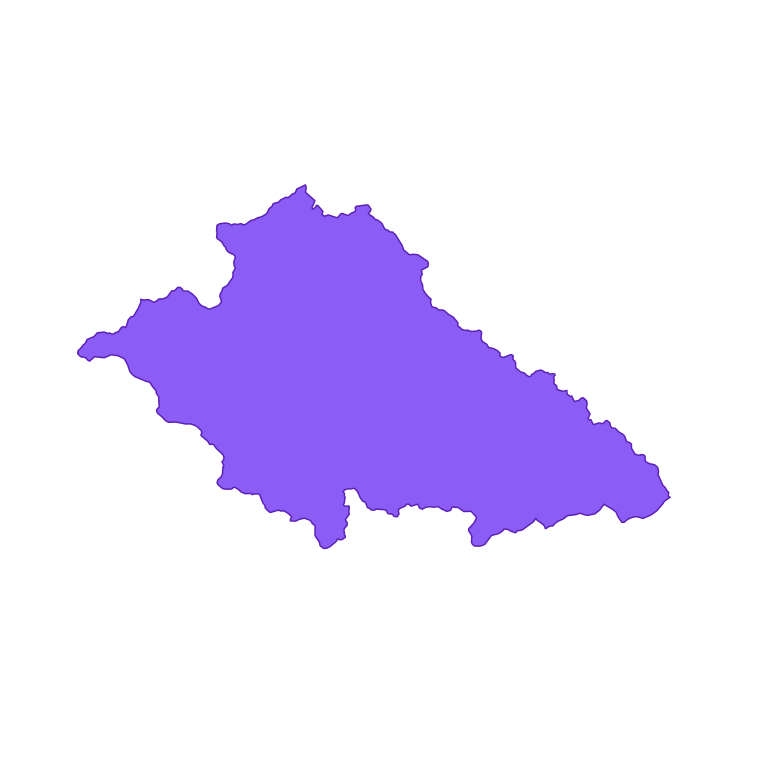 Anta, Cusco, Peru, rotated 194°
{"feature_id": "86281439B22932308486268", "entity_name": "Anta", "entity_type": "district", "adm_level": 2, "iso_a3": "PER", "parent_name": "Peru", "parent_adm1": "Cusco", "projection": "orthographic", "projection_center": [-72.385, -13.499], "detail": "fine", "context": "isolated", "style": "filled", "palette": "violet", "viewbox_px": 768, "rotation_deg": 194, "n_neighbors": 0, "source": "geoboundaries", "source_scale": "gbopen_adm2", "svg_char_len": 6146}
<svg xmlns="http://www.w3.org/2000/svg" viewBox="0 0 768 768"><g transform="rotate(194 384 384)"><path d="M373.4,499.5L375.2,503.8L370.1,508.0L369.8,509.3L370.4,512.3L371.3,513.5L382.3,517.6L386.6,517.0L390.6,515.6L397.4,518.9L400.0,522.9L409.1,531.8L411.2,532.5L412.1,533.5L415.1,533.0L417.4,534.2L419.7,534.1L421.7,535.5L424.4,538.9L426.1,540.0L429.8,541.5L432.7,541.7L434.6,543.2L440.3,545.4L440.5,546.0L439.2,547.7L438.9,550.5L442.4,553.6L444.0,553.6L453.9,549.7L454.6,548.4L453.6,545.4L453.9,544.2L457.0,541.9L459.8,538.7L465.7,539.4L467.1,538.6L469.2,534.4L469.9,533.9L478.8,534.6L482.6,532.3L484.7,533.5L485.5,534.5L484.9,536.2L485.3,537.0L491.1,541.0L492.8,541.0L493.1,539.0L495.3,536.5L496.0,536.8L496.6,538.0L495.4,544.0L495.6,545.3L506.5,551.0L507.1,556.2L508.5,558.1L515.8,552.0L516.4,547.9L518.8,546.3L521.9,541.9L524.7,541.2L529.0,537.4L530.1,535.1L535.1,532.2L535.6,529.4L537.9,526.2L538.7,522.0L540.0,519.7L543.5,516.5L546.8,514.7L550.1,511.7L552.6,510.6L556.8,505.5L558.7,504.5L561.6,505.0L564.4,503.5L568.6,502.9L570.1,501.1L572.9,502.0L576.7,501.9L582.4,499.6L584.4,497.6L583.6,492.4L582.6,490.7L581.9,485.7L580.7,484.6L575.9,482.8L572.5,479.3L571.2,478.7L569.7,476.4L567.8,474.8L564.9,473.8L561.5,473.3L559.6,472.1L558.9,470.8L559.3,465.9L557.6,461.8L556.2,460.8L557.6,455.6L556.7,453.0L556.6,450.5L560.0,441.7L563.7,438.0L563.7,435.1L564.7,431.6L564.6,429.5L562.5,426.4L561.6,424.0L563.6,420.1L571.1,414.6L573.0,414.4L576.8,415.5L579.1,415.5L582.9,417.4L586.7,421.9L592.0,425.0L596.7,426.7L601.1,425.7L603.4,427.7L605.4,428.4L607.4,427.9L609.8,423.9L612.5,423.0L615.2,416.5L616.4,415.0L619.2,413.1L622.7,412.2L625.6,408.6L627.1,407.7L633.0,408.9L636.8,407.5L640.3,407.3L639.7,404.5L640.7,398.3L643.5,389.0L645.8,387.9L647.6,384.7L648.2,376.4L651.2,376.5L652.8,374.8L654.0,371.0L657.5,368.4L658.4,367.1L660.3,366.6L662.5,367.1L664.5,366.3L668.1,366.7L674.5,364.3L676.9,359.8L682.8,355.4L683.8,350.8L685.0,349.6L687.0,345.2L688.7,342.5L688.9,340.5L688.4,339.3L685.7,337.5L684.2,337.0L681.4,337.5L678.9,336.8L677.5,335.6L675.2,335.0L671.4,340.5L661.8,341.8L655.9,346.3L648.9,347.1L642.0,345.6L637.3,340.5L633.6,334.6L631.6,333.0L627.6,330.9L615.1,329.0L611.8,329.1L608.3,325.8L603.4,322.1L602.7,320.0L599.6,317.1L597.1,308.9L596.4,307.9L598.3,304.1L597.7,302.0L596.1,300.6L592.0,298.7L587.1,295.6L583.9,294.7L576.8,296.7L567.2,297.2L562.0,298.5L557.4,298.1L554.6,297.2L550.1,294.6L549.1,293.0L549.3,290.5L548.8,289.6L541.0,285.7L538.5,283.2L535.8,284.2L534.2,283.7L531.4,281.1L523.3,276.5L521.7,274.6L521.2,272.0L522.4,269.3L519.7,266.1L520.2,264.0L519.0,257.6L519.5,254.6L522.1,250.6L522.0,247.7L521.0,246.4L515.7,243.6L514.0,243.4L508.2,244.6L506.1,245.5L505.4,246.9L503.9,247.7L500.4,246.7L496.2,244.6L492.2,244.0L486.9,245.5L484.9,244.9L482.9,246.1L478.8,247.0L477.7,246.3L472.9,239.5L469.9,237.0L469.4,235.2L466.1,232.9L463.3,231.8L456.3,235.9L452.6,235.9L450.6,236.8L445.8,235.3L441.5,233.0L442.1,229.4L441.6,228.5L436.4,229.7L433.7,232.0L428.9,234.5L423.3,234.0L421.5,233.2L419.9,231.3L416.6,229.9L414.2,220.1L408.5,215.0L406.8,211.6L402.9,209.9L400.0,210.7L397.0,213.2L392.5,219.4L391.4,222.5L390.1,222.1L387.3,222.7L384.5,225.9L384.8,227.2L386.3,228.4L386.4,230.5L387.4,231.6L387.5,232.8L387.5,234.2L385.6,238.1L386.2,240.6L388.7,242.9L386.2,249.4L387.1,251.2L388.1,256.7L388.8,257.1L392.5,256.0L394.2,256.7L393.8,258.6L394.3,264.5L395.3,265.8L396.1,268.4L397.6,269.6L396.6,271.7L393.9,273.5L390.7,274.2L388.4,275.4L386.7,275.2L383.4,272.9L379.8,268.2L376.6,265.3L374.1,264.9L372.6,263.7L370.1,260.1L367.3,259.7L366.2,258.7L362.7,259.3L361.5,260.7L352.7,262.2L351.3,261.8L348.8,259.2L344.1,259.7L342.4,258.0L341.3,258.0L338.8,258.5L338.8,259.8L338.0,261.4L339.5,264.8L338.8,266.9L334.3,270.3L332.4,273.2L330.9,273.3L328.1,272.0L322.5,275.4L321.4,274.8L319.5,272.2L316.6,271.8L313.3,274.7L309.7,276.1L306.4,276.4L301.5,278.1L297.7,276.6L292.1,275.6L289.1,277.4L288.5,278.5L288.3,281.0L287.1,281.6L285.9,281.3L282.5,282.2L275.7,279.6L268.6,281.5L262.3,277.3L262.0,276.3L263.0,271.1L266.7,264.2L266.3,262.1L262.0,257.8L260.8,251.5L259.5,250.0L257.5,248.7L253.1,249.5L250.1,250.7L247.4,252.8L243.0,263.1L236.7,266.5L233.9,269.4L232.3,272.3L228.3,272.9L225.6,271.9L220.4,271.5L219.0,273.9L215.4,275.3L214.1,276.4L205.8,286.3L204.1,290.2L202.5,288.9L195.8,286.3L193.6,284.6L192.5,282.8L192.0,282.9L188.9,286.1L185.7,287.2L184.4,290.2L181.4,293.4L177.7,296.2L174.0,300.7L166.2,303.7L162.5,306.1L158.0,305.6L154.5,305.9L148.1,308.9L144.3,313.7L141.5,320.5L132.8,318.0L127.9,315.9L124.6,311.6L119.8,307.4L117.6,307.9L115.6,310.7L112.9,313.3L108.7,315.8L105.9,316.5L100.3,316.2L93.5,321.3L88.7,326.9L84.6,335.0L83.6,338.0L79.1,343.3L81.0,343.9L81.6,347.8L83.5,348.8L86.1,351.5L89.0,353.2L96.1,362.3L96.5,365.7L98.4,369.4L101.9,371.1L107.1,370.9L111.1,371.8L112.3,373.7L113.2,377.0L114.4,377.9L116.7,377.9L119.9,376.3L123.8,376.9L128.3,381.5L129.4,385.6L131.2,386.5L134.6,386.8L138.0,391.7L140.1,393.0L144.6,394.3L148.7,396.9L152.3,396.6L153.0,397.0L154.4,398.5L155.4,400.9L158.7,402.5L160.3,401.7L161.6,398.6L166.2,398.1L170.1,395.7L171.5,395.6L174.2,399.0L174.7,399.4L176.4,398.9L177.6,399.9L176.8,404.8L181.8,409.6L182.3,414.6L183.4,416.7L187.2,418.8L189.2,418.0L191.0,415.2L194.6,413.3L195.9,414.0L199.0,417.8L200.5,416.9L204.0,418.7L205.0,421.9L208.6,420.2L214.5,420.5L216.3,424.2L218.6,425.0L219.6,427.0L220.0,429.7L221.2,431.7L220.2,434.0L220.8,435.0L223.7,434.5L225.4,433.5L227.8,434.8L229.8,434.1L234.6,435.5L235.9,435.2L240.0,432.8L240.7,431.2L242.9,429.1L243.6,426.9L244.7,426.2L246.8,426.6L250.6,428.6L254.5,428.8L260.1,431.6L261.4,436.3L262.7,437.9L265.1,439.3L265.2,441.8L265.9,443.0L268.1,443.2L274.0,438.9L276.2,438.5L278.4,439.3L278.8,441.9L281.6,443.7L286.2,444.9L290.6,444.7L291.7,445.1L293.9,447.4L298.5,448.9L300.9,451.5L301.7,457.5L303.2,459.0L305.2,459.1L307.2,457.6L312.3,456.1L315.9,456.5L317.9,455.7L321.4,455.7L324.2,457.4L326.1,457.7L327.3,461.5L332.9,465.6L338.1,467.1L343.2,469.8L344.8,470.0L349.0,469.1L351.9,470.5L356.1,470.4L358.5,474.1L359.0,477.8L361.3,478.8L365.8,482.0L369.2,485.3L370.6,489.5L373.6,493.5L374.3,497.5L373.4,499.5Z" fill="#8b5cf6" stroke="#5b21b6" stroke-width="1.5"/></g></svg>